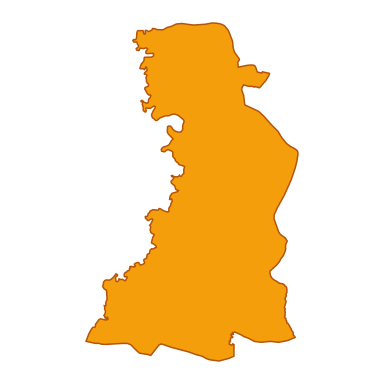 outline of Huai Thap Than, Si Sa Ket, Thailand
{"feature_id": "78962969B1477833386417", "entity_name": "Huai Thap Than", "entity_type": "district", "adm_level": 2, "iso_a3": "THA", "parent_name": "Thailand", "parent_adm1": "Si Sa Ket", "projection": "mercator", "projection_center": [104.011, 15.032], "detail": "fine", "context": "isolated", "style": "filled", "palette": "amber", "viewbox_px": 384, "rotation_deg": 0, "n_neighbors": 0, "source": "geoboundaries", "source_scale": "gbopen_adm2", "svg_char_len": 5996}
<svg xmlns="http://www.w3.org/2000/svg" viewBox="0 0 384 384"><path d="M232.2,40.3L228.6,31.1L227.3,29.0L224.1,25.5L220.8,24.0L216.6,23.2L211.8,23.0L205.6,24.2L194.5,25.0L192.0,24.9L181.9,23.5L176.3,24.0L171.6,26.3L167.1,27.5L163.4,29.6L162.0,29.8L157.0,29.6L154.6,28.6L152.5,28.5L151.9,30.1L148.8,31.5L146.4,30.4L145.5,30.4L145.1,31.1L145.5,33.2L145.0,34.1L144.3,34.1L143.8,33.6L143.0,30.6L138.0,30.6L137.4,31.1L136.8,32.9L136.6,37.4L136.0,39.2L135.2,39.8L133.9,39.5L132.9,40.3L133.1,41.2L133.9,42.1L136.8,41.9L137.4,44.2L138.5,45.5L138.6,46.2L138.3,46.9L136.2,48.6L136.6,50.0L138.6,50.6L139.1,50.3L140.2,48.1L143.4,48.6L146.3,47.8L147.7,49.1L145.9,51.4L145.8,52.5L146.2,53.4L147.4,53.7L152.5,53.3L153.0,53.8L153.5,53.7L153.7,54.7L153.3,56.1L151.5,57.1L144.6,57.3L144.2,57.9L144.0,60.4L142.9,62.3L141.3,63.9L139.9,68.3L140.6,68.8L143.2,68.7L144.5,69.6L144.9,69.3L145.8,66.9L146.1,66.9L146.8,67.7L147.1,70.5L144.6,72.9L144.3,73.9L144.9,74.3L146.1,74.4L146.9,75.3L145.9,77.8L146.5,79.8L146.4,81.3L147.4,83.3L148.3,83.9L148.6,85.0L148.1,86.3L145.1,87.5L144.7,88.8L147.6,94.0L149.2,95.2L150.3,94.9L150.9,95.6L150.1,97.7L148.9,98.9L148.4,100.2L148.5,101.4L147.7,103.1L146.7,103.2L143.9,102.1L142.4,100.5L141.4,100.5L141.0,100.8L141.0,101.4L142.6,102.6L142.3,104.5L143.2,107.3L143.3,110.6L144.7,111.8L145.6,112.0L146.3,110.8L145.6,109.0L145.9,108.2L146.5,108.0L150.3,108.4L152.7,106.7L154.6,106.1L155.2,106.8L155.2,107.7L153.2,110.9L151.7,114.3L151.6,115.4L152.4,117.8L154.1,118.9L155.5,120.4L157.0,120.4L160.1,117.9L165.0,115.9L168.7,115.8L171.6,114.5L174.8,114.0L178.4,115.5L183.2,119.5L184.0,120.7L184.0,121.9L182.9,124.7L182.6,128.0L182.8,129.2L181.3,131.6L180.3,132.1L178.3,132.2L174.7,130.9L172.6,129.0L171.5,127.1L170.4,126.1L168.8,126.0L167.6,126.6L167.3,131.5L167.6,132.9L169.5,135.3L172.9,138.7L173.0,139.2L171.4,140.6L169.1,144.7L167.4,145.8L163.5,147.0L162.2,147.9L161.2,149.4L161.6,151.2L163.4,151.7L164.7,151.7L165.9,150.6L168.0,149.5L171.9,151.2L172.7,152.0L172.9,156.3L173.3,157.3L175.0,158.9L175.4,160.7L177.0,162.3L177.7,162.5L179.0,164.6L183.6,166.0L184.6,166.7L183.8,169.4L183.8,173.5L182.6,174.5L181.3,176.4L179.9,176.0L179.5,175.2L178.8,176.1L177.5,176.9L174.0,176.6L172.4,175.4L171.4,175.7L171.6,176.5L173.4,177.3L173.8,178.0L173.5,178.7L171.1,181.3L171.2,182.7L171.8,183.5L174.4,185.5L175.0,186.6L175.5,189.0L176.9,190.1L178.1,190.2L178.4,190.7L177.2,191.8L172.1,193.3L170.1,196.1L169.6,199.4L170.5,199.6L171.6,199.0L172.3,201.2L171.1,203.1L170.5,205.7L168.9,208.1L168.8,211.6L167.3,211.9L166.2,211.7L163.5,210.7L160.0,208.6L159.0,208.6L159.0,209.2L158.0,210.2L152.9,209.7L150.0,211.2L149.2,212.9L148.3,213.5L147.5,216.1L146.8,216.6L145.9,216.3L145.3,216.6L145.4,218.1L147.8,220.5L148.6,220.5L151.1,218.9L152.4,219.1L152.7,219.5L152.6,220.1L150.7,224.2L149.6,225.2L150.7,226.6L150.2,229.9L150.6,231.9L151.8,233.4L153.7,234.1L154.1,234.8L152.6,237.8L151.5,242.6L151.9,243.3L153.7,244.1L155.9,245.8L156.3,247.5L154.8,247.9L153.4,248.9L151.6,248.8L150.1,250.0L149.4,253.4L147.8,254.0L147.1,254.7L146.6,258.1L143.9,259.5L143.8,260.8L144.6,262.8L143.8,263.8L140.6,265.1L140.1,264.8L138.8,262.7L137.7,262.5L135.9,263.0L134.4,264.1L134.4,264.8L135.4,265.9L134.5,266.9L131.1,266.4L129.9,266.6L129.9,267.0L130.5,267.8L129.5,268.4L129.4,270.3L127.2,271.0L126.8,271.9L125.3,272.6L124.4,273.5L124.1,275.5L124.4,276.4L125.2,276.9L126.6,276.5L127.1,277.1L126.9,278.2L125.5,280.6L124.7,280.7L122.4,279.3L120.5,279.5L119.2,278.8L118.9,279.0L118.7,280.4L118.2,281.0L117.5,281.6L116.3,281.4L115.9,280.9L115.6,277.6L116.0,276.8L117.4,275.8L117.6,274.9L116.1,273.8L112.6,278.1L109.8,280.1L105.8,280.0L104.7,280.7L103.5,282.2L103.3,284.7L102.6,286.4L104.2,288.9L106.5,290.4L107.1,299.1L105.8,302.5L105.9,305.5L105.6,305.8L104.3,305.6L104.7,307.6L104.6,309.4L105.3,310.3L105.4,311.7L105.1,313.5L103.9,315.6L105.1,316.5L104.9,317.5L105.2,318.0L106.4,318.4L107.3,317.3L108.1,319.0L107.2,319.7L105.6,320.0L100.7,318.9L99.1,319.4L95.5,324.3L95.4,326.7L95.0,327.1L92.9,327.3L91.8,328.5L89.0,333.5L86.0,341.3L95.5,343.4L98.6,343.3L101.7,344.2L105.2,344.4L124.7,343.3L125.6,343.6L126.2,343.3L127.9,343.6L130.9,344.8L137.1,351.1L139.6,353.2L147.2,354.4L150.8,355.4L158.9,345.1L160.5,344.1L162.0,344.1L171.6,347.4L188.6,351.9L195.7,354.5L201.8,356.1L207.1,358.9L210.5,359.9L219.1,361.0L228.9,358.4L233.9,356.2L234.0,344.7L233.3,344.6L233.0,343.9L232.7,343.9L232.1,344.9L231.4,345.1L229.3,344.3L229.1,343.7L229.9,342.7L229.2,341.4L230.4,341.1L230.5,338.2L231.2,337.7L231.4,336.9L232.1,337.7L232.7,337.3L232.6,336.7L230.8,334.9L231.2,334.4L233.3,334.3L233.2,333.8L232.1,333.4L232.4,332.5L233.4,332.6L234.4,332.0L235.4,332.2L241.6,335.1L244.0,336.7L248.1,338.1L254.7,341.5L259.4,342.1L262.0,342.2L270.4,341.4L278.6,342.3L287.5,340.6L295.2,337.4L294.5,336.2L293.2,335.0L293.1,332.4L292.5,331.3L291.6,330.7L291.5,329.4L289.0,325.1L287.8,323.2L286.8,323.1L286.8,321.4L285.7,319.5L285.8,318.4L284.9,317.9L284.9,317.2L284.5,316.7L285.1,315.6L285.0,313.5L285.3,312.2L284.8,310.3L285.3,308.9L284.4,307.5L286.1,301.6L284.9,298.7L286.3,296.1L286.4,295.5L285.8,294.6L286.9,292.5L286.9,289.3L286.5,287.4L285.8,286.4L284.8,286.0L284.7,285.2L283.7,284.3L282.5,283.7L279.5,283.3L276.8,281.4L273.6,279.6L272.1,278.2L270.6,275.9L269.8,271.8L270.1,271.0L276.2,265.5L279.2,262.0L280.8,259.0L283.3,255.6L284.8,252.1L285.8,248.9L285.5,248.1L285.7,244.6L287.2,241.0L285.3,238.0L280.3,234.4L278.5,231.5L274.1,219.0L274.1,215.0L277.0,208.4L284.3,195.2L291.1,180.0L295.1,168.3L296.8,161.7L298.0,154.2L297.8,152.1L297.2,150.7L295.5,149.2L289.4,145.8L286.4,143.3L281.7,137.6L277.9,131.2L271.5,124.9L264.2,116.6L259.7,112.3L258.3,111.2L244.8,104.9L243.6,95.3L241.6,89.7L242.0,87.8L243.6,84.9L248.5,86.3L252.0,86.3L254.7,87.1L255.1,86.5L259.3,87.8L260.0,87.3L265.8,80.6L269.0,75.2L269.5,73.4L262.4,71.8L261.7,73.1L257.3,72.0L255.6,67.0L254.9,65.9L253.4,65.1L250.7,65.0L246.8,65.4L238.3,67.2L237.7,62.4L239.3,60.0L239.4,59.1L234.7,52.5L234.1,51.1L233.1,47.4L232.7,42.3L232.2,40.3Z" fill="#f59e0b" stroke="#b45309" stroke-width="1.5"/></svg>